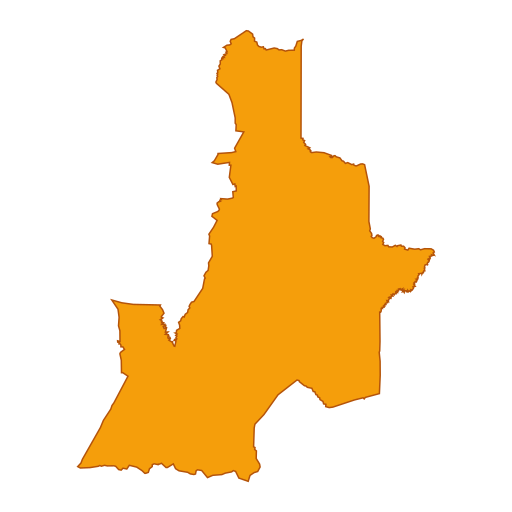 Morogoro, Morogoro, United Republic of Tanzania
{"feature_id": "72390352B24110633153516", "entity_name": "Morogoro", "entity_type": "district", "adm_level": 2, "iso_a3": "TZA", "parent_name": "United Republic of Tanzania", "parent_adm1": "Morogoro", "projection": "orthographic", "projection_center": [37.947, -7.052], "detail": "fine", "context": "isolated", "style": "filled", "palette": "amber", "viewbox_px": 512, "rotation_deg": 0, "n_neighbors": 0, "source": "geoboundaries", "source_scale": "gbopen_adm2", "svg_char_len": 6062}
<svg xmlns="http://www.w3.org/2000/svg" viewBox="0 0 512 512"><path d="M248.2,481.3L250.0,475.4L254.1,472.6L257.7,471.5L260.1,467.0L259.6,464.1L256.2,458.5L256.4,450.9L254.7,449.5L255.0,447.5L253.6,446.8L254.2,428.0L254.9,424.2L263.9,414.6L278.0,394.8L297.0,380.0L299.1,380.6L299.4,381.7L304.4,385.7L306.0,386.0L307.3,387.3L311.9,388.3L313.2,391.5L314.8,391.7L315.9,394.6L317.4,395.1L317.7,396.8L319.7,397.8L320.0,399.6L323.0,401.4L323.6,403.9L325.9,404.3L325.7,406.6L329.2,407.6L332.9,407.1L354.6,399.9L363.1,397.8L364.2,398.9L365.3,397.4L379.4,393.6L380.2,375.2L380.1,361.2L379.2,352.2L379.7,351.0L380.0,341.4L379.7,312.1L380.6,312.2L381.2,311.0L381.2,308.5L382.5,308.5L382.2,307.4L384.1,307.1L383.7,305.9L384.8,306.0L384.6,304.7L385.9,304.5L385.4,303.4L387.6,302.6L387.1,301.3L388.0,301.5L387.4,300.7L388.5,300.9L388.6,299.4L390.1,298.5L388.8,297.4L389.8,297.0L391.0,298.0L391.2,296.5L391.8,296.3L391.4,295.2L392.6,295.7L392.1,294.8L393.1,293.7L394.2,294.9L395.2,293.5L396.1,293.6L395.8,292.4L397.0,292.5L396.3,291.6L397.7,291.6L397.2,290.6L398.4,290.7L398.4,289.4L399.8,289.7L399.0,288.9L400.2,288.6L400.7,289.7L402.6,288.8L401.9,290.3L402.6,290.7L403.4,290.2L402.6,291.7L403.5,291.4L404.2,292.5L404.7,290.7L406.3,290.8L406.4,291.7L407.8,292.0L407.8,290.4L408.7,291.5L409.8,290.8L410.4,291.6L411.4,290.5L411.0,289.7L412.3,290.0L413.6,287.9L413.0,286.9L415.2,286.3L414.2,285.2L414.5,284.6L413.9,284.5L414.5,283.6L413.8,283.1L414.7,282.0L415.9,282.1L415.7,281.3L416.6,281.3L417.1,280.0L416.2,279.2L417.6,279.0L417.2,277.4L417.8,278.4L418.1,278.0L417.9,276.1L419.1,274.6L418.7,273.7L421.8,273.3L421.9,274.1L422.7,272.5L423.4,272.7L423.8,270.9L424.8,270.8L424.3,268.2L424.9,267.9L424.5,266.7L425.1,264.9L426.9,264.5L427.9,265.2L427.3,264.0L427.6,262.4L428.5,262.2L429.2,260.9L427.9,259.2L429.1,258.5L429.7,259.2L430.3,258.0L429.5,256.4L431.6,256.0L431.5,254.8L432.6,255.4L433.4,255.3L433.4,254.4L434.1,254.8L433.1,252.9L434.3,252.0L433.5,250.2L431.1,248.8L424.5,248.7L420.5,249.8L418.8,248.7L414.7,249.2L409.1,248.2L407.8,250.1L404.6,249.1L405.0,247.7L403.6,246.2L401.4,246.2L400.9,245.0L397.6,245.7L397.0,246.5L395.3,245.3L392.3,247.0L388.7,246.8L387.9,245.4L384.9,245.7L382.8,244.4L383.7,242.5L382.6,241.5L383.5,239.3L382.9,238.2L380.9,237.6L381.3,236.7L379.8,235.8L379.4,236.6L378.7,236.5L378.0,234.9L376.5,235.5L376.4,236.5L374.0,238.3L372.1,237.6L371.2,236.4L371.9,235.6L371.6,233.5L369.7,230.8L370.3,228.9L368.9,221.5L369.1,186.3L364.6,164.7L362.7,163.9L360.6,164.0L356.5,165.9L355.3,165.8L353.7,164.9L353.6,164.1L351.8,164.6L347.7,162.6L345.4,163.4L343.5,161.2L342.0,160.8L339.9,157.9L336.2,156.8L335.1,155.7L334.0,155.7L332.3,157.6L330.7,157.5L330.0,156.8L331.9,156.4L331.7,155.5L324.0,152.7L316.3,152.0L311.7,152.6L310.5,152.0L310.2,151.1L310.8,150.8L309.8,149.5L308.1,148.8L309.7,147.8L304.9,145.5L305.6,144.4L303.7,142.4L304.6,140.6L302.7,139.8L303.0,138.4L301.0,138.1L301.2,46.1L301.9,40.8L303.5,39.0L301.3,40.4L297.3,41.4L295.8,46.1L294.4,48.1L294.3,50.2L288.6,50.3L285.4,51.1L281.7,49.7L279.0,49.9L277.3,48.6L274.2,48.0L266.2,50.0L265.4,48.6L264.1,48.9L263.4,46.8L261.3,47.2L258.8,46.4L257.5,45.0L256.8,42.1L254.5,41.2L254.6,38.1L253.0,36.8L252.6,34.1L248.4,31.0L246.3,30.7L234.4,38.7L231.1,39.4L230.2,41.3L231.2,43.8L229.8,44.9L226.9,45.2L223.5,47.4L225.2,47.9L227.2,51.8L225.9,52.2L226.8,53.6L224.1,54.6L225.2,55.4L223.2,56.4L224.1,57.4L222.3,57.4L221.9,58.0L222.7,58.7L221.7,58.8L221.7,59.9L220.2,60.8L220.3,64.0L218.9,66.1L219.9,68.8L217.5,70.3L217.8,72.4L217.0,73.4L217.7,74.1L217.1,75.3L217.7,76.3L216.8,77.8L217.2,79.2L215.9,82.1L216.4,83.3L228.9,94.3L232.0,102.6L235.2,117.9L235.2,123.2L236.2,124.6L235.9,130.8L243.8,131.9L234.6,148.2L235.8,151.6L231.6,152.6L218.0,153.5L218.0,154.5L214.4,160.7L212.2,162.6L217.7,164.2L229.5,162.4L229.3,165.2L230.9,165.2L229.3,177.4L232.9,184.5L234.8,183.9L235.2,186.5L236.2,186.1L236.3,190.9L232.8,191.7L233.3,197.5L232.4,198.1L227.5,199.1L220.8,198.6L221.1,199.5L220.5,199.3L219.8,200.6L220.4,201.3L218.8,201.7L217.1,203.1L217.2,204.6L219.4,209.1L219.0,210.3L217.8,211.5L212.5,213.7L211.9,216.3L217.1,220.4L213.6,227.2L208.9,234.2L209.6,236.0L209.0,243.6L211.2,244.1L211.6,245.4L212.3,256.3L208.5,262.9L208.8,265.8L208.1,270.4L205.9,272.3L204.0,275.8L205.2,278.1L204.5,279.0L202.7,288.4L194.0,301.5L191.5,302.2L190.1,304.3L189.1,306.3L189.8,307.9L188.1,309.7L187.6,312.5L185.2,314.3L184.2,317.0L183.1,316.5L181.3,318.6L180.6,320.9L178.6,322.3L179.6,325.1L179.8,328.4L176.6,330.3L176.3,332.8L175.3,333.0L177.1,334.0L175.7,335.4L176.9,336.1L175.9,337.9L176.8,338.8L176.5,339.4L174.7,339.4L174.2,340.3L176.0,341.0L174.8,346.3L174.1,346.1L172.5,342.8L172.6,341.7L171.9,342.0L168.9,340.2L170.4,338.7L170.0,337.6L168.4,338.3L167.9,337.9L168.0,336.3L168.9,336.2L168.4,334.7L165.4,334.3L167.9,332.0L165.4,332.1L166.6,327.6L165.2,326.8L165.8,328.2L164.1,328.5L163.2,326.5L164.4,325.7L165.5,326.1L165.8,325.3L165.0,325.0L164.9,324.2L161.8,324.4L163.4,322.7L161.6,322.6L162.1,321.3L161.3,321.0L161.5,320.2L160.3,319.7L162.9,317.9L161.4,317.3L161.4,316.5L164.0,313.2L162.5,309.6L159.8,306.1L160.4,305.0L133.3,304.4L121.8,302.8L111.8,300.0L118.0,309.2L119.1,317.3L118.5,325.8L119.9,330.8L120.0,341.5L117.6,340.8L117.7,342.1L119.1,342.4L119.0,343.9L120.0,343.8L120.9,345.0L120.9,346.8L122.9,346.9L124.5,349.4L120.5,352.4L119.9,353.8L121.3,360.3L121.5,372.7L122.8,372.7L128.0,376.2L113.9,402.9L112.0,405.5L110.8,409.1L103.4,420.4L100.4,427.6L82.4,459.3L81.0,463.0L77.7,466.6L80.3,468.0L90.0,467.6L98.2,466.3L99.8,465.5L101.4,466.2L104.5,465.3L107.3,465.9L113.9,465.8L115.7,466.3L118.7,469.6L121.2,470.1L123.0,468.2L126.8,469.0L129.3,465.3L136.7,467.1L142.0,470.6L144.8,473.3L145.7,473.3L148.3,472.4L149.5,468.7L152.2,466.6L152.3,464.6L154.2,463.8L157.9,464.6L157.8,463.6L157.9,464.1L159.1,464.2L161.5,463.3L166.0,467.5L167.4,467.5L173.3,463.9L175.6,468.7L179.0,470.8L187.7,472.3L190.3,473.9L193.9,474.5L195.5,474.0L196.1,470.8L197.5,469.8L201.7,470.5L207.5,477.6L212.8,475.3L221.8,474.6L225.4,473.1L231.6,471.9L233.3,470.6L235.6,471.4L238.9,478.1L248.2,481.3Z" fill="#f59e0b" stroke="#b45309" stroke-width="1.5"/></svg>